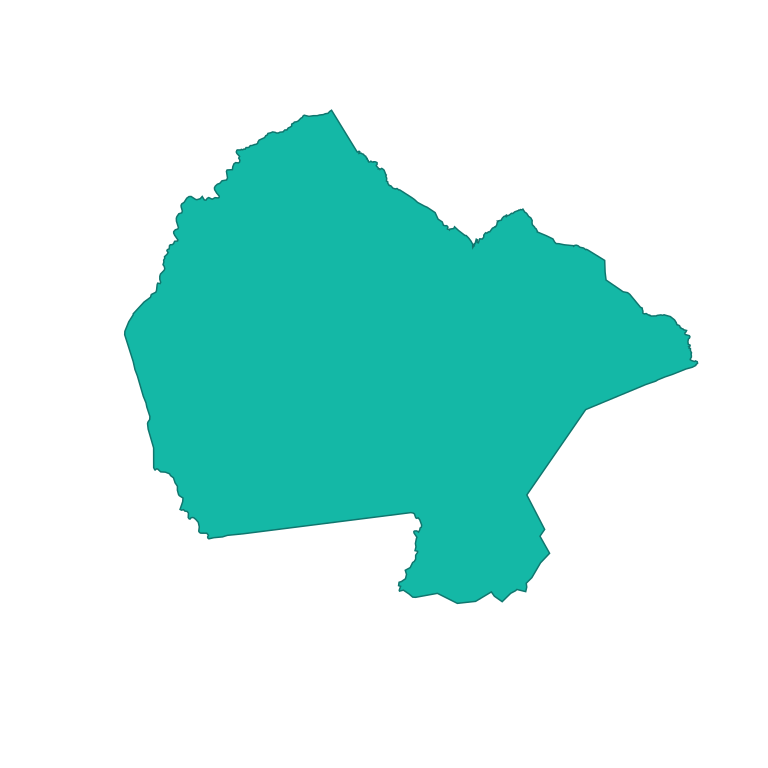 Tapoa, Tapoa, Burkina Faso, rotated 119°
{"feature_id": "67063806B60723724569169", "entity_name": "Tapoa", "entity_type": "district", "adm_level": 2, "iso_a3": "BFA", "parent_name": "Burkina Faso", "parent_adm1": "Tapoa", "projection": "mercator", "projection_center": [1.463, 12.115], "detail": "fine", "context": "isolated", "style": "filled", "palette": "teal", "viewbox_px": 768, "rotation_deg": 119, "n_neighbors": 0, "source": "geoboundaries", "source_scale": "gbopen_adm2", "svg_char_len": 6171}
<svg xmlns="http://www.w3.org/2000/svg" viewBox="0 0 768 768"><g transform="rotate(119 384 384)"><path d="M194.1,519.9L170.0,562.6L171.9,563.6L174.4,564.2L176.1,566.4L177.8,567.7L179.9,570.7L181.7,572.5L183.4,575.6L186.3,579.4L187.6,584.1L188.7,584.7L190.6,584.7L191.7,585.5L195.6,586.6L197.0,587.6L198.4,589.4L199.9,589.6L200.9,590.6L201.8,590.6L203.2,589.8L204.5,590.4L206.5,591.9L208.9,592.1L209.9,593.9L212.5,594.6L214.2,597.1L215.6,598.0L216.6,599.7L216.6,601.0L217.5,603.6L219.3,605.0L221.1,607.0L223.0,606.9L224.1,607.8L226.4,607.9L231.3,611.5L233.4,611.6L234.6,611.2L236.2,611.9L237.1,613.1L239.5,615.2L240.1,616.3L240.9,616.7L242.4,616.8L243.0,617.4L244.1,619.3L246.0,619.3L246.4,620.4L247.6,621.1L248.0,622.6L248.7,622.7L250.4,625.8L250.9,626.0L252.7,625.7L253.7,624.4L255.0,620.6L256.9,620.6L258.1,618.5L260.1,617.9L261.2,618.5L262.3,621.1L264.2,622.0L267.3,621.6L270.0,620.5L272.9,625.0L274.4,624.9L279.6,620.8L281.9,620.6L284.8,624.2L288.1,624.9L290.0,626.6L292.8,627.5L294.7,627.4L296.2,626.3L298.2,622.8L299.6,619.1L300.9,618.7L301.7,619.3L302.9,622.1L305.7,623.9L305.9,627.7L307.3,628.6L309.6,628.9L310.1,630.4L308.1,633.9L311.1,634.6L313.5,637.0L313.9,638.2L313.5,643.6L314.6,645.4L317.1,646.6L322.0,646.9L324.5,648.2L326.1,648.1L327.4,647.3L330.5,644.2L332.4,643.9L334.6,646.0L338.0,646.3L339.7,646.0L342.2,644.5L346.9,639.6L348.4,639.5L350.3,641.3L352.7,641.8L354.0,641.1L355.4,639.2L357.9,634.1L359.0,633.9L360.7,636.3L363.3,636.1L364.8,636.8L365.8,638.4L367.0,638.7L369.9,637.4L371.5,638.6L372.7,638.5L373.7,636.6L375.6,636.6L379.1,637.7L380.4,636.7L382.5,636.8L384.0,635.7L386.8,635.1L387.7,633.2L389.4,631.7L391.0,631.4L396.2,632.8L398.5,632.3L401.2,630.8L403.3,628.6L404.7,628.5L405.5,630.8L407.0,630.6L412.5,628.3L414.4,628.1L418.5,630.9L421.4,630.3L428.6,633.6L444.2,637.4L445.1,636.9L453.3,637.4L463.5,636.2L466.6,634.7L485.9,614.3L492.1,608.8L496.5,603.6L511.4,588.6L515.9,583.0L519.1,580.3L525.9,573.0L528.6,571.7L531.8,572.0L533.3,571.6L537.8,568.4L551.6,554.5L568.8,544.9L570.2,542.9L570.2,542.5L568.5,541.8L568.1,540.7L569.1,536.7L567.1,532.5L566.5,528.0L567.6,526.3L568.1,522.7L571.7,518.8L573.6,515.1L577.1,513.2L580.4,510.0L580.9,508.8L581.2,504.5L584.6,503.0L592.6,501.6L592.5,499.9L591.1,498.4L591.7,496.6L590.9,494.3L591.7,492.5L595.7,490.5L596.4,489.1L596.2,488.2L594.6,487.9L593.7,487.0L593.2,485.6L593.7,482.9L595.0,479.4L598.5,476.3L602.5,474.7L603.3,473.4L603.3,472.0L600.4,466.6L601.4,464.3L603.3,464.1L604.1,463.4L604.3,462.1L600.9,458.3L596.0,451.1L592.3,447.6L583.4,434.7L483.5,298.2L482.8,296.3L482.8,294.5L485.6,291.4L485.6,290.2L484.5,289.2L485.5,286.8L489.1,282.7L491.2,281.9L492.5,282.6L494.2,282.0L496.8,282.0L496.6,283.6L496.8,284.5L497.9,286.2L498.8,286.3L499.9,285.3L502.1,280.9L503.6,280.7L508.3,279.2L510.9,277.1L514.7,276.1L514.0,273.5L515.1,273.0L518.4,273.3L521.9,271.4L524.5,271.5L526.3,272.4L531.9,272.1L536.6,275.1L539.6,272.0L543.9,270.8L548.3,273.0L550.1,274.7L553.3,273.5L552.9,271.4L557.0,270.7L557.6,270.0L554.9,267.1L555.5,260.3L556.5,255.6L555.3,253.0L541.2,235.8L540.3,213.5L529.7,198.5L513.8,189.3L516.1,184.6L517.1,175.1L505.6,171.7L501.0,168.7L499.3,168.2L496.9,159.4L492.4,160.7L489.3,163.0L481.7,160.8L464.5,160.4L451.8,157.1L441.5,173.8L433.3,173.0L411.8,205.3L308.6,195.2L257.7,154.9L249.6,147.6L247.7,146.6L241.6,141.7L235.9,136.5L224.5,127.2L219.9,122.5L216.6,120.3L216.1,120.6L213.8,119.8L212.6,120.9L212.8,122.8L213.7,123.2L214.3,125.7L214.4,127.7L213.9,128.2L211.4,128.2L209.7,129.2L208.9,130.0L207.7,130.1L206.2,132.2L204.4,133.2L204.8,134.4L204.1,134.8L203.1,134.8L203.3,135.4L202.0,134.9L201.6,135.2L201.7,137.2L199.5,138.8L197.0,139.6L195.8,139.1L194.4,139.3L193.7,140.3L194.6,144.4L194.2,145.2L193.4,145.6L192.2,145.2L190.5,145.3L191.3,148.3L190.9,148.9L191.2,151.0L190.8,151.8L191.1,152.1L189.9,153.5L189.7,154.6L190.1,156.5L188.6,158.2L187.1,160.9L186.2,166.2L187.7,172.6L188.9,173.7L189.3,175.3L191.6,178.4L192.4,178.8L195.1,183.4L194.9,184.6L195.0,185.2L195.4,185.2L195.3,188.9L196.5,190.3L196.5,191.4L196.4,192.1L194.8,192.8L193.3,194.4L192.4,194.9L192.5,197.0L186.4,212.5L186.0,215.2L187.4,219.6L185.4,240.2L178.9,244.9L168.9,250.9L168.0,270.4L168.1,272.2L168.7,272.7L168.3,275.3L169.4,279.0L169.0,281.3L169.3,283.0L170.2,284.3L171.6,284.9L171.2,285.4L174.8,293.7L176.5,299.1L177.7,301.5L177.2,303.4L175.2,306.6L175.6,313.9L176.7,323.7L176.1,323.9L174.5,326.2L174.3,327.7L173.7,328.5L172.8,331.4L171.4,332.6L169.1,333.7L167.5,336.2L167.3,338.8L165.8,341.5L165.4,343.0L165.5,344.1L163.7,347.3L164.8,347.8L165.3,349.3L166.2,349.7L166.6,350.5L167.0,350.5L170.0,353.1L172.4,354.0L172.9,355.3L175.8,356.4L177.1,358.1L176.9,358.9L177.4,359.0L178.0,358.0L178.5,358.2L178.3,359.4L179.4,360.4L181.9,361.0L183.8,360.8L186.2,363.4L186.2,362.9L186.5,362.8L187.4,363.4L190.2,362.5L192.6,362.7L192.6,363.1L193.0,363.5L193.7,363.6L195.1,364.7L199.7,365.3L200.4,366.5L201.7,366.9L202.3,367.4L202.3,368.3L203.0,368.6L205.4,368.9L207.1,368.0L209.5,368.3L210.7,370.7L214.8,369.9L215.1,371.1L213.7,371.9L212.6,372.1L212.6,373.5L216.7,372.5L217.6,372.5L217.6,373.0L218.4,373.0L219.4,372.0L220.0,372.5L221.6,372.5L220.4,373.4L218.9,374.0L216.8,377.3L215.3,380.7L214.3,384.1L215.0,385.7L214.7,386.0L213.6,393.3L212.3,398.5L214.2,398.4L216.6,401.5L217.5,401.4L217.3,402.0L217.8,403.6L217.0,404.0L215.8,404.1L215.2,405.3L215.3,406.4L215.8,406.9L216.4,408.9L214.0,411.6L213.6,416.6L209.3,422.4L208.5,431.9L208.8,434.8L208.9,442.7L207.9,446.7L207.5,450.1L206.6,464.4L207.1,465.2L206.7,467.4L207.8,468.5L208.4,471.0L207.3,474.3L207.8,475.2L207.7,476.2L207.2,476.5L206.8,477.9L205.4,478.7L205.4,480.2L202.7,481.4L201.3,483.2L200.1,483.3L200.0,483.9L197.0,487.5L196.7,488.4L196.5,490.5L198.3,491.5L197.9,491.9L198.0,492.5L198.6,493.2L198.2,493.3L197.6,494.3L197.2,496.0L196.5,496.8L195.4,496.5L193.8,497.3L193.7,497.9L194.0,499.7L194.6,500.8L195.0,500.8L195.6,502.1L195.4,503.1L195.7,503.8L196.7,504.0L197.2,504.8L196.9,505.7L196.1,506.2L196.0,506.9L195.3,507.8L195.4,508.2L194.8,508.2L194.6,509.3L193.7,510.3L193.7,512.0L193.0,513.3L193.3,514.4L193.2,516.0L194.4,517.6L192.7,517.7L192.6,518.2L192.5,518.5L193.0,519.1L193.8,519.3L194.1,519.9Z" fill="#14b8a6" stroke="#0f766e" stroke-width="1.5"/></g></svg>